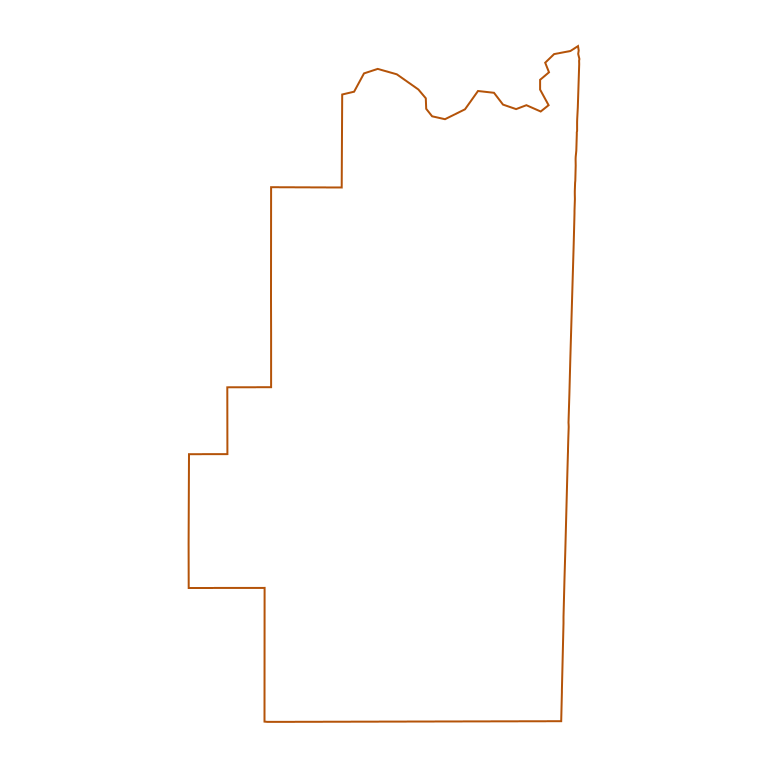 Le Flore, Oklahoma, United States of America
{"feature_id": "52423323B59385747750724", "entity_name": "Le Flore", "entity_type": "district", "adm_level": 2, "iso_a3": "USA", "parent_name": "United States of America", "parent_adm1": "Oklahoma", "projection": "natural_earth1", "projection_center": [-94.576, 34.946], "detail": "fine", "context": "isolated", "style": "outline", "palette": "amber", "viewbox_px": 768, "rotation_deg": 0, "n_neighbors": 0, "source": "geoboundaries", "source_scale": "gbopen_adm2", "svg_char_len": 1102}
<svg xmlns="http://www.w3.org/2000/svg" viewBox="0 0 768 768"><path d="M264.5,721.6L267.6,721.9L561.2,721.2L561.9,692.1L561.9,690.1L563.5,623.2L563.5,617.1L564.5,578.3L565.3,551.0L567.3,475.2L567.9,453.9L568.0,451.4L568.0,449.3L568.3,438.6L568.7,426.9L568.6,424.1L568.5,422.8L569.4,393.6L570.3,359.5L572.2,294.8L573.5,250.9L573.7,243.9L574.4,217.3L574.5,213.0L574.5,210.9L574.9,199.1L574.8,194.2L574.8,191.3L575.1,182.7L575.3,180.8L575.7,165.5L575.6,159.1L575.7,156.8L576.3,150.8L576.8,134.5L576.8,134.1L576.8,132.2L577.1,131.0L577.1,122.1L577.2,119.0L577.8,107.5L579.2,64.2L579.1,60.7L579.4,59.0L578.2,53.9L578.7,50.4L578.0,46.1L570.4,51.0L554.1,54.1L545.2,62.7L549.0,72.3L540.1,79.8L540.1,89.6L548.6,105.2L540.7,111.5L526.4,105.2L516.1,109.1L503.0,104.6L494.0,92.8L478.0,91.0L465.0,109.3L445.0,119.2L432.1,116.3L426.2,108.8L425.8,98.3L418.4,89.5L396.8,74.3L377.7,68.9L364.0,73.4L354.1,91.7L342.2,94.5L341.7,187.5L271.1,187.2L271.0,298.1L271.1,332.5L271.1,387.2L227.3,387.3L227.4,454.1L189.0,454.2L188.6,543.3L188.7,588.0L264.6,587.9L264.5,721.6Z" fill="none" stroke="#b45309" stroke-width="2"/></svg>